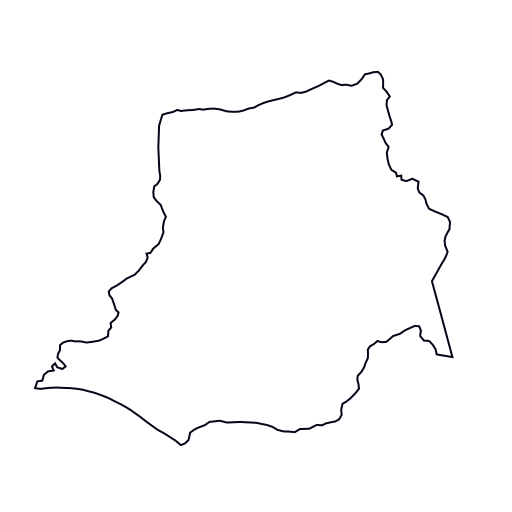 the district of Presidente Kennedy, Espírito Santo, Brazil, rotated 96°
{"feature_id": "56859067B59803678983356", "entity_name": "Presidente Kennedy", "entity_type": "district", "adm_level": 2, "iso_a3": "BRA", "parent_name": "Brazil", "parent_adm1": "Espírito Santo", "projection": "mercator", "projection_center": [-41.068, -21.151], "detail": "fine", "context": "isolated", "style": "outline", "palette": "ink", "viewbox_px": 512, "rotation_deg": 96, "n_neighbors": 0, "source": "geoboundaries", "source_scale": "gbopen_adm2", "svg_char_len": 3196}
<svg xmlns="http://www.w3.org/2000/svg" viewBox="0 0 512 512"><g transform="rotate(96 256 256)"><path d="M111.2,134.4L107.6,135.7L103.0,137.8L98.2,139.7L92.6,141.9L87.4,142.1L83.4,139.6L79.0,143.2L75.4,147.3L71.7,147.5L67.0,148.1L62.4,150.9L60.1,154.1L61.0,158.6L62.6,162.5L63.9,166.6L68.9,169.3L73.9,173.2L76.7,178.6L76.2,184.4L77.1,188.6L76.2,193.0L74.6,197.7L73.9,201.8L77.2,206.9L80.6,211.9L83.2,216.6L85.2,220.0L87.3,223.5L89.0,227.9L89.2,233.7L92.2,238.5L95.2,244.1L97.4,249.8L99.0,254.5L100.8,259.4L103.0,264.5L105.7,269.3L108.6,273.4L110.0,278.4L112.5,283.4L114.2,288.1L115.0,293.7L115.2,300.1L113.9,307.5L113.8,313.1L114.6,318.5L116.0,323.9L115.8,328.0L117.4,334.1L118.4,340.4L119.6,345.8L119.0,349.7L121.4,353.5L123.2,358.9L125.2,363.8L131.6,365.1L136.6,366.0L158.2,364.5L181.5,361.0L186.5,359.6L190.4,359.5L194.5,361.5L197.5,364.5L203.3,364.8L208.3,363.8L211.7,360.6L215.2,356.1L221.5,352.9L226.5,349.7L230.9,351.1L237.1,351.6L242.3,350.5L248.9,352.2L254.3,354.1L259.3,358.9L263.9,361.3L265.1,365.1L268.8,363.6L273.4,364.8L276.7,367.3L282.9,371.1L287.2,374.6L292.0,382.3L295.6,386.2L299.6,390.9L303.4,396.5L306.7,398.7L310.3,397.7L313.5,394.6L319.5,391.8L324.2,389.8L326.5,386.8L330.1,387.4L334.0,389.8L337.8,393.6L342.2,392.5L345.8,395.0L351.3,394.8L354.2,399.0L356.6,403.2L358.6,410.4L359.8,415.6L359.2,421.8L359.8,426.8L359.5,430.9L360.4,434.7L362.4,439.0L365.2,441.6L370.0,441.1L374.2,442.7L377.9,442.8L380.4,439.8L382.6,436.7L385.7,433.8L388.6,436.7L387.5,442.0L383.8,444.6L387.2,447.4L391.0,445.2L392.5,450.8L396.3,454.5L402.3,455.5L403.6,460.4L410.5,461.9L410.7,456.6L409.8,452.5L408.8,448.2L407.7,440.8L407.3,433.8L406.8,426.9L406.8,420.5L407.0,414.9L408.0,408.7L408.7,403.6L409.5,399.7L411.2,393.0L412.9,387.2L415.1,381.8L417.4,375.5L419.7,370.0L422.2,364.7L424.8,360.2L427.3,355.6L429.8,351.6L432.6,347.1L435.9,341.3L439.3,335.3L441.3,330.3L443.2,326.3L445.3,322.2L447.9,317.0L451.9,311.0L449.9,307.1L446.1,303.9L438.5,303.0L435.5,299.7L433.1,296.2L429.5,289.1L425.9,285.0L423.6,274.7L424.7,267.6L422.6,253.7L422.5,249.7L422.1,243.6L421.9,237.8L422.5,232.3L422.9,227.3L424.3,221.5L426.6,216.6L427.6,210.4L427.2,205.2L427.1,199.0L423.5,194.2L422.2,184.9L417.6,177.9L417.5,172.7L415.2,169.0L413.9,165.3L412.3,160.0L409.8,156.3L405.1,154.2L399.9,155.2L393.9,154.5L391.6,151.2L387.8,147.3L381.8,142.6L377.2,139.7L372.4,140.8L368.4,142.3L364.5,142.3L360.0,138.9L355.2,136.8L351.2,135.9L345.8,134.1L341.2,134.4L337.2,135.0L333.6,132.9L331.4,129.7L327.9,126.4L328.6,121.9L327.8,117.5L325.1,114.8L321.2,111.2L318.4,104.8L314.0,99.6L311.6,95.4L308.9,90.8L308.9,86.3L313.0,84.2L318.4,84.4L322.6,80.1L322.4,75.0L325.8,70.9L330.0,67.7L335.0,66.0L336.0,50.1L316.2,57.7L281.7,71.0L267.6,76.5L262.7,78.4L244.7,70.7L239.9,68.4L235.9,66.9L231.7,65.9L225.9,69.0L221.3,70.0L216.9,69.6L212.8,68.1L209.2,66.4L201.9,66.6L197.2,69.4L194.9,76.1L192.9,83.0L190.9,88.9L186.2,91.9L182.1,93.4L178.3,95.9L175.7,100.3L171.9,102.2L165.1,102.2L162.8,108.6L165.8,114.2L165.0,119.2L160.9,120.0L162.1,124.1L158.6,125.4L156.1,130.4L151.0,133.5L145.1,135.5L139.6,136.7L133.7,135.5L129.8,139.1L126.3,141.1L122.0,143.8L118.0,143.0L115.4,137.4L111.2,134.4Z" fill="none" stroke="#020617" stroke-width="2"/></g></svg>